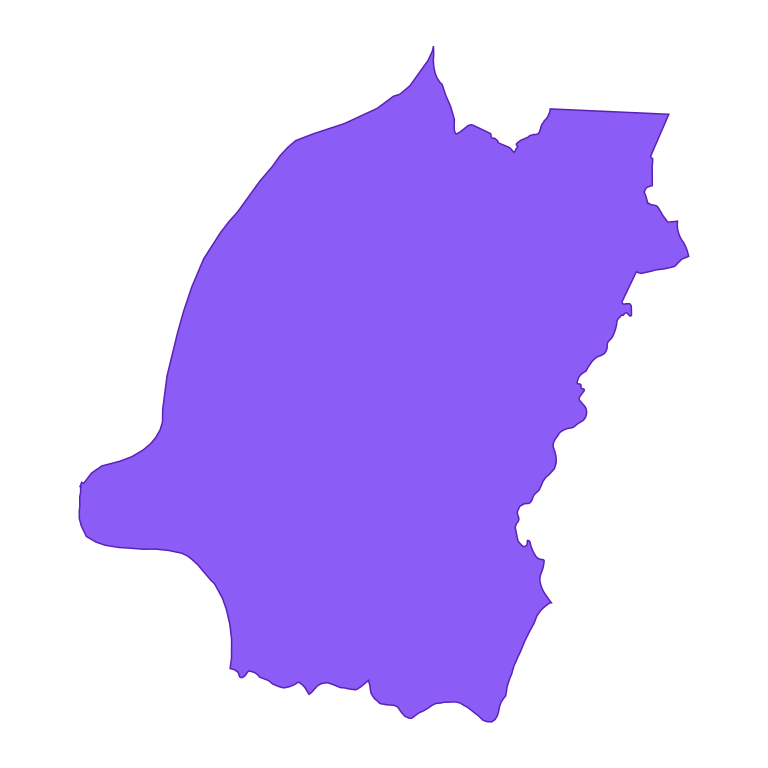 the district of Cicuco, Bolívar, Colombia
{"feature_id": "7082276B7250300282061", "entity_name": "Cicuco", "entity_type": "district", "adm_level": 2, "iso_a3": "COL", "parent_name": "Colombia", "parent_adm1": "Bolívar", "projection": "robinson", "projection_center": [-74.658, 9.237], "detail": "fine", "context": "isolated", "style": "filled", "palette": "violet", "viewbox_px": 768, "rotation_deg": 0, "n_neighbors": 0, "source": "geoboundaries", "source_scale": "gbopen_adm2", "svg_char_len": 6092}
<svg xmlns="http://www.w3.org/2000/svg" viewBox="0 0 768 768"><path d="M551.4,602.8L548.7,599.2L547.0,596.7L545.3,594.4L543.6,591.7L542.2,588.8L541.4,586.8L540.8,584.8L540.0,581.8L539.8,579.3L539.9,577.8L540.2,576.4L540.7,574.3L542.3,570.2L543.2,567.2L543.6,565.2L544.0,561.9L544.2,561.4L544.1,560.7L544.0,560.3L543.5,559.8L543.1,559.6L540.7,559.4L539.1,558.9L537.6,558.0L536.2,556.8L534.2,553.6L532.7,550.6L531.8,548.4L531.0,546.2L529.9,541.8L529.2,540.9L528.2,540.5L527.4,540.5L527.3,542.5L527.0,544.6L526.6,545.2L525.8,545.9L524.9,546.4L523.9,546.6L523.5,546.6L523.3,546.5L522.0,545.5L520.8,544.4L519.2,542.5L517.9,540.7L515.3,527.8L515.4,526.7L515.9,525.0L516.7,523.4L518.3,521.2L518.6,520.4L518.8,519.6L518.9,518.8L518.8,518.0L518.6,517.2L517.9,515.5L517.6,514.4L517.4,513.3L517.4,511.6L519.7,506.4L524.2,503.8L528.7,503.4L530.0,502.8L531.8,500.5L533.3,496.4L534.2,494.7L539.2,490.0L543.1,481.2L545.8,477.3L548.9,474.8L554.4,468.7L556.1,463.2L556.2,460.6L556.2,458.7L555.8,455.7L555.2,452.9L554.7,451.0L553.6,448.1L553.3,447.1L553.1,445.6L553.2,444.0L553.8,442.0L554.6,440.3L556.3,437.6L558.0,435.4L558.8,433.9L559.5,433.0L560.7,431.8L563.2,430.3L564.6,429.6L567.5,428.5L569.0,428.2L570.9,428.0L571.9,427.8L572.9,427.4L573.8,427.0L574.7,426.3L575.7,425.4L577.3,424.1L582.9,420.6L584.1,419.4L585.4,417.5L586.1,415.9L586.6,413.5L586.6,411.2L586.1,408.8L585.1,406.7L579.6,400.3L579.2,399.5L579.1,398.8L579.2,397.9L579.5,397.2L581.9,393.7L584.1,390.9L584.3,390.3L584.3,389.9L584.2,389.5L583.8,389.0L583.4,388.8L582.7,388.8L582.2,388.7L581.8,388.5L581.4,388.1L581.1,387.6L581.0,387.1L581.0,386.5L581.1,385.8L581.0,385.3L580.8,384.8L580.5,384.4L580.1,384.1L579.7,383.9L578.5,384.0L578.1,383.9L577.4,383.4L577.2,382.7L577.1,382.2L577.9,379.5L578.3,378.3L578.9,377.1L579.6,376.1L580.4,375.1L581.9,373.7L583.3,372.7L586.1,371.0L587.3,368.6L588.8,366.1L592.0,361.6L593.6,359.8L595.4,358.2L597.4,356.9L598.6,356.3L601.1,355.5L602.9,354.5L604.3,353.5L605.0,352.8L605.6,351.9L606.4,350.5L606.9,348.9L607.2,347.3L607.2,344.8L607.3,343.9L607.6,343.0L608.0,342.1L608.5,341.4L611.2,338.6L612.1,337.4L613.0,335.8L614.3,332.7L615.5,329.2L616.4,325.5L616.7,323.7L616.8,322.0L617.2,320.5L617.7,319.6L618.5,318.3L619.6,317.5L620.4,316.6L621.1,315.1L622.2,315.2L623.2,315.4L624.2,314.1L625.0,313.3L625.6,312.9L626.3,312.8L626.7,312.9L627.1,313.1L629.5,315.7L629.9,315.9L630.7,316.0L631.2,315.6L631.4,315.3L631.5,314.9L631.5,314.1L631.3,306.7L631.1,305.7L630.6,304.7L629.9,304.0L629.5,303.8L629.3,303.7L627.1,303.7L625.7,303.8L624.0,304.2L623.5,304.1L622.8,303.7L622.5,303.2L622.1,302.5L622.1,301.6L636.3,271.9L639.7,273.1L641.2,273.4L651.8,271.1L654.6,270.1L665.2,268.7L674.0,266.6L674.9,266.1L675.5,265.7L678.2,262.7L681.9,259.1L688.7,256.3L687.5,251.6L686.7,249.2L685.7,246.9L684.7,244.6L683.3,242.0L682.7,241.6L680.9,238.6L679.6,236.0L678.6,233.1L677.8,230.2L677.4,227.3L677.3,224.2L677.5,221.2L669.0,222.1L667.8,222.1L662.2,214.6L661.3,212.6L660.6,211.6L659.8,210.5L659.4,209.5L658.9,208.6L657.4,206.6L656.5,205.9L655.8,205.6L650.9,204.6L649.7,203.9L648.7,203.2L647.8,203.4L646.7,199.0L645.4,194.7L644.7,193.1L644.0,191.9L644.9,190.7L645.4,189.4L645.9,188.6L646.4,187.9L647.1,187.3L647.4,187.1L652.3,185.6L652.2,164.9L652.5,163.8L652.7,158.8L651.7,158.0L650.6,156.7L650.8,155.8L668.8,114.3L550.2,108.9L549.8,111.8L547.9,116.5L546.0,119.1L544.3,120.7L543.2,122.9L542.7,123.3L541.5,125.2L540.8,127.5L540.1,130.2L539.0,132.7L537.7,134.0L535.6,134.5L533.7,134.5L529.6,135.7L527.9,137.3L525.3,138.3L524.3,138.9L523.1,139.3L520.9,140.2L517.7,142.6L516.6,143.7L516.3,144.3L516.5,145.2L517.0,145.8L517.4,146.1L517.7,146.4L517.4,147.2L517.0,147.9L516.1,148.7L514.9,151.4L513.9,152.3L510.2,148.1L508.5,147.1L498.0,142.7L497.9,141.1L494.7,138.3L493.4,138.3L491.8,137.9L491.0,136.4L491.0,134.6L490.7,133.7L485.1,130.9L472.8,125.1L471.3,124.7L468.2,125.5L463.5,129.3L460.0,132.0L456.7,133.9L455.4,133.3L454.4,130.5L454.2,126.0L454.4,119.5L450.7,106.6L445.7,95.1L442.1,84.4L439.9,82.3L437.1,78.0L435.3,73.5L433.9,67.5L433.3,60.8L433.7,54.9L433.5,46.1L432.3,51.2L428.2,60.2L409.9,85.8L399.8,94.3L393.5,96.2L377.1,108.4L344.3,123.6L313.6,133.7L295.7,140.6L287.8,147.4L279.9,155.9L272.1,166.8L259.9,181.0L237.7,211.8L228.7,221.9L220.5,232.6L203.7,258.8L191.9,286.6L183.6,311.3L177.6,332.6L167.0,376.0L162.7,409.4L162.5,422.0L160.1,429.9L155.6,437.8L150.3,444.0L143.1,450.0L131.6,456.8L119.6,461.3L101.9,465.9L91.6,473.0L83.7,483.3L81.7,482.3L80.0,486.6L81.1,487.0L80.6,487.7L80.6,492.4L79.7,497.1L79.8,506.6L79.3,510.3L79.3,518.4L81.2,525.7L86.4,536.5L96.0,542.1L105.4,545.3L119.1,547.5L130.7,548.2L142.7,549.2L155.9,549.1L168.8,550.5L181.7,553.2L187.6,556.0L191.7,559.2L197.7,564.7L210.8,580.2L214.5,583.7L222.5,598.4L226.4,609.5L229.8,624.1L231.6,639.4L231.5,658.3L230.1,668.5L234.1,669.6L237.6,671.8L237.8,672.3L238.3,672.9L239.4,676.3L240.1,677.3L241.0,677.5L242.2,677.6L243.7,676.8L245.0,675.7L246.1,674.3L247.5,672.1L248.5,671.2L249.6,671.1L252.3,671.8L255.1,672.8L258.0,675.1L259.8,677.2L267.6,680.2L269.4,681.2L272.5,683.9L275.4,685.2L279.4,686.8L284.0,687.9L289.5,686.7L294.3,684.7L297.5,682.7L299.1,682.1L299.9,683.0L302.1,684.6L304.9,687.5L308.9,694.3L311.2,692.8L317.4,685.9L320.5,684.0L323.3,683.2L326.7,682.8L328.4,683.0L332.6,684.4L340.4,687.6L344.4,687.9L348.8,688.9L355.4,689.8L357.3,689.1L360.8,686.8L368.5,680.4L369.9,685.7L370.3,689.5L371.1,693.4L372.7,696.1L374.9,699.0L378.3,701.8L379.5,703.2L381.7,704.0L384.0,704.2L386.3,704.8L393.1,705.2L394.9,705.6L397.6,707.0L401.7,712.8L405.0,716.3L409.1,718.2L411.5,718.2L413.6,716.9L418.6,713.0L423.6,710.8L428.9,707.6L432.7,704.9L436.4,703.3L440.4,703.1L444.3,702.2L448.5,702.2L452.6,701.9L456.6,702.1L460.5,703.2L464.1,705.5L467.8,707.5L474.5,712.8L477.9,715.3L481.1,718.4L483.0,720.2L487.2,721.7L491.7,721.9L495.1,719.5L497.3,715.9L498.6,711.6L499.4,707.2L500.8,702.9L503.0,699.2L505.7,695.8L506.5,691.1L507.1,686.7L509.8,678.2L511.6,674.2L514.0,665.7L515.9,661.7L517.7,657.4L520.7,651.1L524.8,641.0L529.7,631.2L534.0,623.4L537.0,615.6L541.2,609.9L543.0,608.2L545.1,606.4L549.5,603.0L551.4,602.8Z" fill="#8b5cf6" stroke="#5b21b6" stroke-width="1.5"/></svg>